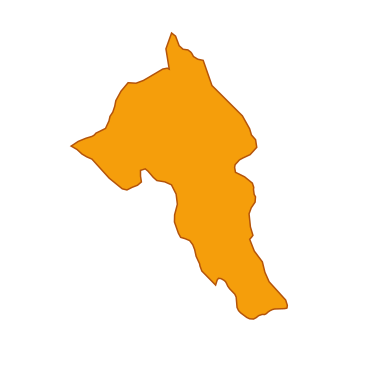 the border of Agri, rotated 60°
{"feature_id": "TUR-2307", "entity_name": "Agri", "entity_type": "Province", "adm_level": 1, "iso_a3": "TUR", "parent_name": "Turkey", "parent_adm1": "", "projection": "robinson", "projection_center": [43.45, 39.496], "detail": "fine", "context": "isolated", "style": "filled", "palette": "amber", "viewbox_px": 384, "rotation_deg": 60, "n_neighbors": 0, "source": "natural_earth", "source_scale": "10m", "svg_char_len": 1627}
<svg xmlns="http://www.w3.org/2000/svg" viewBox="0 0 384 384"><g transform="rotate(60 192 192)"><path d="M339.9,167.7L339.9,168.4L339.1,170.5L334.6,179.0L334.0,181.2L333.8,184.0L334.0,186.3L334.5,188.4L334.4,190.4L333.1,192.4L332.4,196.1L332.9,199.2L332.8,202.2L330.6,205.5L328.0,207.3L321.0,210.3L318.0,211.0L314.5,210.7L305.1,206.3L301.9,206.0L294.6,207.8L291.4,208.1L288.4,207.8L286.3,207.8L284.3,208.5L281.5,210.2L280.0,212.2L280.8,214.2L284.4,218.1L265.3,223.0L260.1,222.1L257.9,221.3L249.8,220.6L243.2,218.5L238.1,217.7L232.9,218.3L229.1,221.2L225.6,224.5L220.9,224.4L209.2,222.2L203.1,218.5L195.3,210.8L185.9,206.8L175.5,206.2L169.6,210.5L164.5,216.7L160.0,218.2L151.9,219.7L148.6,220.9L147.5,225.8L152.6,228.7L158.0,230.8L158.9,235.8L158.0,241.6L157.7,247.3L154.4,250.8L138.6,256.8L113.5,262.2L108.9,265.6L104.1,268.3L97.7,270.3L91.8,273.7L91.3,265.2L92.4,257.0L93.9,250.6L93.8,248.0L93.0,245.8L93.7,235.1L88.9,228.3L85.5,225.2L83.2,220.6L79.1,216.0L74.8,212.3L69.2,203.1L65.4,192.7L69.8,186.1L71.1,178.3L70.9,155.9L72.4,151.5L74.2,150.3L55.0,143.0L44.1,130.2L48.8,128.3L58.9,130.0L63.9,128.4L66.9,124.5L70.0,123.2L71.8,122.9L75.4,123.0L79.9,120.6L83.6,116.5L109.8,121.5L151.3,110.3L166.1,110.5L172.3,112.0L178.5,110.8L185.7,113.6L188.7,123.0L188.0,130.9L187.9,134.8L189.9,141.0L192.0,142.8L196.7,144.5L205.3,138.8L214.5,135.3L218.8,136.2L220.6,137.5L225.2,139.4L227.9,139.4L232.3,142.4L235.3,148.6L239.4,153.5L251.5,158.9L260.0,160.9L261.0,163.2L261.8,165.7L274.3,167.6L287.7,166.0L297.9,169.0L308.3,170.1L332.4,164.9L337.8,166.1L339.9,167.7L339.9,167.7Z" fill="#f59e0b" stroke="#b45309" stroke-width="1.5"/></g></svg>